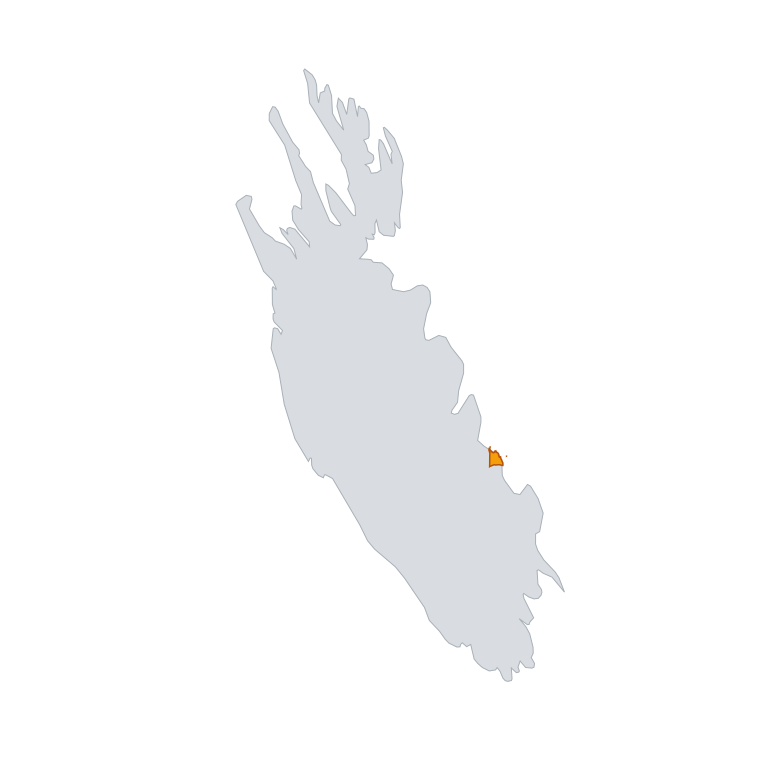 Tjörneshreppur, Norðurland eystra, Iceland (highlighted), rotated 69°
{"feature_id": "244011B23966539039805", "entity_name": "Tjörneshreppur", "entity_type": "district", "adm_level": 2, "iso_a3": "ISL", "parent_name": "Iceland", "parent_adm1": "Norðurland eystra", "projection": "equal_earth", "projection_center": [-17.235, 66.145], "detail": "fine", "context": "in_parent", "style": "filled", "palette": "amber", "viewbox_px": 768, "rotation_deg": 69, "n_neighbors": 0, "source": "geoboundaries", "source_scale": "gbopen_adm2", "svg_char_len": 6063}
<svg xmlns="http://www.w3.org/2000/svg" viewBox="0 0 768 768"><g transform="rotate(69 384 384)"><path d="M587.8,299.9L594.5,300.1L605.4,297.9L621.1,291.5L627.8,290.1L643.0,290.1L624.6,296.3L617.9,303.1L612.8,306.4L612.9,307.9L626.0,312.0L632.3,310.7L635.0,311.2L637.6,313.2L639.4,317.0L638.3,321.1L634.7,325.2L629.6,328.6L630.4,329.6L634.5,330.2L655.9,328.1L658.5,333.1L660.5,334.8L659.9,336.5L651.5,341.9L661.5,338.5L669.5,337.5L683.2,339.2L688.8,341.2L692.2,344.6L698.9,343.6L702.1,345.5L702.3,347.6L699.4,353.4L691.4,356.2L696.4,360.4L700.5,360.5L701.3,361.5L700.9,363.9L694.7,366.9L705.1,370.1L706.5,371.3L706.0,375.0L704.3,377.2L701.2,378.4L693.8,378.6L689.3,380.0L690.9,382.3L689.6,388.6L683.9,393.8L678.5,396.6L673.1,398.4L658.2,396.4L658.9,400.9L653.6,403.7L654.7,406.0L656.6,407.2L655.7,410.2L649.1,416.3L644.3,418.3L634.7,420.8L621.0,426.4L607.0,426.3L572.6,434.4L559.0,438.8L534.7,452.0L524.4,455.5L506.8,457.1L453.8,465.9L447.8,471.1L447.5,472.2L449.8,474.2L445.8,478.0L437.8,480.7L434.0,480.6L427.4,478.4L426.6,479.5L429.2,482.3L403.1,486.8L367.2,484.4L335.5,477.9L310.2,476.6L292.7,467.6L292.3,466.2L294.2,463.5L300.7,462.3L297.7,459.6L286.8,464.3L283.3,464.2L278.8,462.3L278.7,460.4L269.8,459.7L254.5,454.0L253.4,452.7L257.2,450.8L256.5,450.4L248.0,450.7L235.7,456.0L163.3,458.0L161.0,455.3L158.5,445.0L161.3,440.7L164.3,441.1L172.4,446.9L191.9,443.7L199.8,441.5L207.3,436.0L211.6,434.2L217.8,427.1L223.9,422.8L236.2,420.8L225.3,419.6L206.9,425.2L200.8,425.2L203.7,422.7L210.1,420.0L205.8,419.8L204.2,418.5L204.1,415.9L207.5,411.7L229.3,404.3L224.3,402.9L209.2,408.5L198.3,410.5L189.6,407.9L185.5,404.4L185.9,402.9L191.2,398.5L190.5,397.6L186.9,397.2L177.6,393.1L162.5,393.5L125.4,391.1L97.0,396.8L90.4,394.2L85.2,388.6L86.5,386.4L91.5,385.1L105.2,385.3L125.6,382.6L134.9,379.4L138.5,380.2L140.1,381.8L152.6,379.3L159.4,376.5L170.5,377.8L212.5,376.3L218.1,372.6L220.5,368.1L219.6,367.2L204.0,371.3L200.5,371.2L182.8,369.0L176.4,366.6L178.7,364.6L188.3,360.4L212.7,353.3L216.1,351.9L216.5,350.2L207.1,347.2L189.0,348.0L184.6,344.5L169.7,342.4L159.7,343.7L154.5,341.5L95.0,352.8L76.2,347.6L62.6,346.7L61.5,345.1L69.8,340.2L75.3,339.3L80.7,339.8L90.9,343.2L98.1,344.3L89.4,339.2L89.2,334.4L86.5,333.1L84.0,329.9L85.2,328.9L95.9,329.6L112.8,335.1L121.4,334.1L132.6,330.6L108.0,328.5L100.8,324.2L106.3,321.9L119.0,322.2L105.3,314.7L104.7,313.3L107.3,310.0L124.9,312.9L115.8,308.5L115.6,307.5L118.3,306.7L119.9,303.9L124.4,302.9L133.3,303.8L146.9,308.9L148.8,310.4L149.1,315.6L154.6,314.8L161.1,315.5L166.6,312.0L170.3,312.8L173.1,316.0L172.4,323.0L176.3,320.5L182.7,320.4L184.1,314.6L183.1,310.0L162.2,304.7L154.1,300.9L155.1,299.6L159.3,298.4L181.4,297.5L172.1,295.2L169.8,292.9L153.1,293.8L144.6,292.8L144.5,291.7L148.0,289.9L158.3,286.4L177.6,286.1L185.3,287.0L199.9,294.9L211.7,298.0L231.2,308.7L243.9,312.8L244.4,313.9L242.2,315.1L237.3,316.5L244.8,318.4L249.3,321.2L249.5,322.4L245.0,331.1L240.1,333.9L228.3,332.3L231.0,335.0L239.3,338.0L241.2,339.6L239.9,341.3L243.9,340.8L245.2,341.7L243.1,346.7L240.9,348.5L248.0,349.5L252.7,351.9L258.3,362.0L261.8,354.3L263.5,351.4L266.5,350.4L270.2,342.5L278.4,337.9L285.8,336.2L293.3,341.6L298.8,342.2L304.9,332.6L305.8,325.5L304.3,317.8L305.5,312.3L309.4,309.1L314.4,308.1L324.9,311.3L333.6,319.0L346.7,327.3L356.0,329.4L357.6,329.1L359.4,326.4L358.3,315.4L362.7,309.6L373.7,308.2L390.5,302.9L394.3,302.7L402.4,305.8L417.0,316.7L427.4,321.9L432.9,330.0L435.3,331.6L437.6,329.0L437.9,325.4L425.3,308.5L425.2,306.2L426.4,304.4L449.3,305.3L454.4,307.2L470.2,316.8L478.0,312.8L493.5,301.5L498.8,301.9L511.9,306.4L517.2,306.0L532.6,301.9L535.9,296.7L529.2,286.0L532.0,283.8L546.2,281.2L561.6,281.7L577.6,291.6L578.3,296.2L587.8,299.9Z" fill="#d9dde1" stroke="#a8b0b8" stroke-width="1"/><path d="M502.7,302.3L502.6,302.2L502.2,302.0L502.1,301.9L501.5,301.8L501.3,301.8L501.2,301.7L500.8,301.5L500.7,301.5L500.6,301.4L500.4,301.3L500.2,301.3L499.7,301.4L499.4,301.4L499.1,301.5L498.8,301.5L498.7,301.5L498.5,301.4L498.3,301.4L498.1,301.5L497.9,301.5L497.6,301.4L497.4,301.5L497.2,301.5L496.9,301.5L496.7,301.4L496.6,301.5L496.4,301.6L496.2,301.6L495.6,301.6L495.2,301.6L494.7,301.6L494.4,301.5L494.2,301.5L494.2,301.4L494.0,301.2L493.9,301.2L493.8,301.3L493.9,301.5L494.0,301.7L494.1,301.8L494.2,302.0L493.9,302.3L493.7,302.4L493.5,302.5L493.4,302.5L493.1,302.6L492.8,302.5L492.6,302.5L492.4,302.5L492.1,302.5L491.9,302.4L491.6,302.5L491.4,302.4L491.1,302.2L490.9,302.1L490.6,302.2L490.2,302.2L490.1,302.3L489.8,302.3L489.7,302.3L489.4,302.3L489.2,302.4L489.1,302.5L488.9,302.6L488.7,302.7L488.5,302.8L488.4,302.9L488.4,303.0L488.2,303.2L488.2,303.3L487.9,303.3L487.5,303.4L487.3,303.5L487.2,303.5L486.8,303.6L486.7,303.6L486.8,303.8L486.7,303.9L486.5,304.0L486.4,304.0L486.3,304.3L486.4,304.5L486.5,304.7L486.9,304.8L487.0,304.9L487.3,304.9L487.3,305.0L487.3,305.3L487.4,305.5L487.2,305.8L487.1,306.0L487.1,306.3L487.2,306.5L487.3,306.6L487.2,306.7L487.2,306.8L487.0,307.0L486.8,307.2L486.4,307.4L486.3,307.5L486.2,307.5L485.8,307.7L485.4,307.7L485.2,307.8L485.1,308.0L484.9,308.1L484.8,308.3L484.7,308.3L484.4,308.4L483.8,308.5L483.3,308.5L483.0,308.5L482.8,308.5L482.4,308.4L482.2,308.3L481.9,308.3L481.7,308.4L481.7,308.5L481.8,308.7L481.8,308.8L482.0,308.8L482.3,308.9L482.5,309.0L482.5,309.3L482.4,309.3L482.5,309.4L482.8,309.4L483.0,309.4L483.3,309.4L483.5,309.4L483.8,309.5L484.0,309.5L484.3,309.6L484.5,309.6L484.9,309.7L485.0,309.7L484.9,309.7L485.0,309.7L484.9,309.8L485.0,309.8L485.3,309.9L485.5,309.9L485.8,309.9L486.0,309.9L486.4,310.0L486.5,310.0L497.8,314.5L499.0,315.0L498.9,314.5L498.8,310.1L498.9,309.9L499.1,309.6L499.5,309.2L499.6,308.9L500.6,305.4L502.5,302.6L502.7,302.3ZM480.7,307.2L480.8,307.2L480.7,307.0L480.7,307.2ZM495.7,295.4L495.4,295.4L495.4,295.5L495.5,295.5L495.7,295.4L495.7,295.4ZM496.0,296.2L495.9,296.2L496.0,296.2L496.0,296.2ZM492.1,301.9L491.9,301.9L492.0,301.9L492.1,301.9ZM486.8,303.5L486.7,303.5L486.8,303.5L486.8,303.5ZM492.1,302.0L492.1,301.9L492.1,302.0L492.1,302.0ZM486.2,304.2L486.2,304.3L486.2,304.2Z" fill="#f59e0b" stroke="#b45309" stroke-width="1.5"/></g></svg>